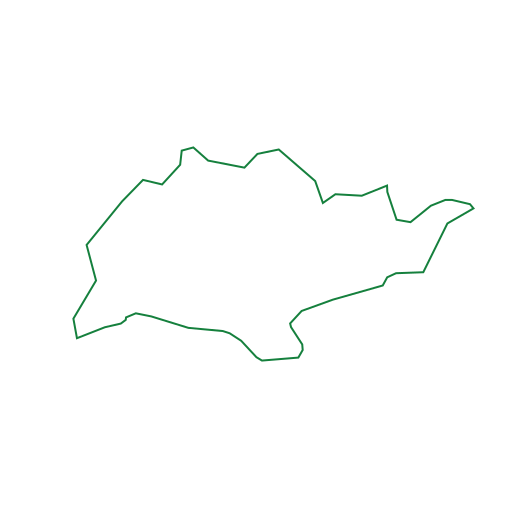 outline of Lancaster, Virginia, United States of America, rotated 311°
{"feature_id": "52423323B13758082224669", "entity_name": "Lancaster", "entity_type": "district", "adm_level": 2, "iso_a3": "USA", "parent_name": "United States of America", "parent_adm1": "Virginia", "projection": "robinson", "projection_center": [-76.455, 37.725], "detail": "fine", "context": "isolated", "style": "outline", "palette": "green", "viewbox_px": 512, "rotation_deg": 311, "n_neighbors": 0, "source": "geoboundaries", "source_scale": "gbopen_adm2", "svg_char_len": 787}
<svg xmlns="http://www.w3.org/2000/svg" viewBox="0 0 512 512"><g transform="rotate(311 256 256)"><path d="M76.5,174.8L103.1,188.7L116.3,198.3L122.3,199.6L124.4,198.2L133.9,202.9L141.7,216.6L157.4,252.1L177.6,280.2L180.4,286.8L182.3,300.4L179.9,322.7L181.0,329.1L207.1,354.6L215.7,352.9L219.6,348.9L225.3,329.1L227.5,326.0L244.5,326.5L273.4,342.6L316.9,371.0L326.0,369.0L334.9,373.0L353.5,392.9L406.1,379.1L434.6,388.9L435.5,383.5L427.0,367.3L422.5,362.1L408.7,355.0L382.9,350.4L375.6,338.3L390.5,313.1L395.1,308.7L370.9,296.3L354.7,275.4L339.9,271.7L351.4,251.5L351.3,203.3L334.0,190.1L315.1,189.3L296.6,157.3L296.8,137.5L286.8,130.8L275.1,138.9L248.4,138.2L239.3,120.8L209.5,119.1L153.2,120.9L132.5,151.4L88.9,159.3L76.5,174.8Z" fill="none" stroke="#15803d" stroke-width="2"/></g></svg>